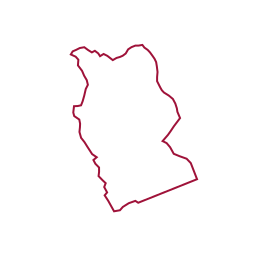 Santo Antônio de Goiás, Goiás, Brazil (Albers equal-area conic projection), rotated 118°
{"feature_id": "56859067B61095479911818", "entity_name": "Santo Antônio de Goiás", "entity_type": "district", "adm_level": 2, "iso_a3": "BRA", "parent_name": "Brazil", "parent_adm1": "Goiás", "projection": "albers", "projection_center": [-49.306, -16.477], "detail": "fine", "context": "isolated", "style": "outline", "palette": "rose", "viewbox_px": 256, "rotation_deg": 118, "n_neighbors": 0, "source": "geoboundaries", "source_scale": "gbopen_adm2", "svg_char_len": 1227}
<svg xmlns="http://www.w3.org/2000/svg" viewBox="0 0 256 256"><g transform="rotate(118 128 128)"><path d="M94.8,86.7L90.5,92.0L87.7,94.1L84.2,97.7L81.3,102.0L80.2,107.2L79.8,112.9L78.8,115.8L77.1,118.5L73.0,124.3L69.2,126.3L64.7,128.2L60.0,131.5L56.6,134.1L54.4,137.1L52.7,140.4L50.9,144.1L49.8,147.3L49.3,151.3L47.9,154.3L50.3,157.4L51.8,160.2L55.0,162.9L58.5,164.8L63.3,165.0L66.7,166.6L69.1,168.5L71.5,171.0L75.2,173.3L74.0,180.1L74.1,184.3L77.7,186.4L76.1,189.3L75.4,193.5L78.2,195.4L77.9,199.9L77.2,204.5L80.0,208.1L83.4,210.5L86.3,212.8L89.9,213.0L89.6,207.7L91.0,203.9L96.2,201.6L99.1,195.4L102.4,191.3L105.1,186.9L108.7,183.7L113.4,183.6L120.1,181.8L125.7,180.6L130.0,180.1L132.2,182.7L134.1,185.9L140.0,183.6L142.7,181.1L143.4,175.0L146.7,172.3L150.1,170.7L154.3,169.0L158.7,164.8L160.9,159.8L163.5,155.3L167.9,147.4L168.5,141.9L172.5,143.5L174.9,140.0L176.5,135.0L180.4,132.9L184.3,131.4L186.1,125.8L187.2,121.8L191.3,121.3L194.7,116.2L198.4,117.0L201.5,111.4L208.1,101.2L204.4,96.5L200.1,95.5L194.0,92.0L188.9,87.3L189.2,83.9L140.8,43.0L129.5,56.1L127.6,61.8L128.7,69.3L129.3,75.5L125.2,81.8L123.2,86.8L123.3,91.3L115.4,89.5L110.9,88.9L104.9,88.3L94.8,86.7Z" fill="none" stroke="#9f1239" stroke-width="2"/></g></svg>